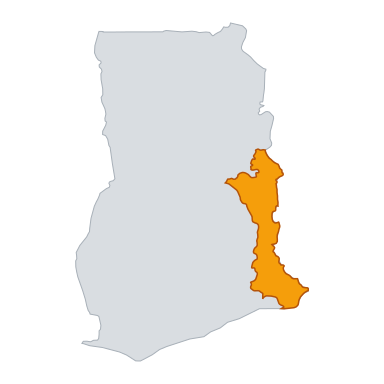 Volta on a map of Ghana (Albers equal-area conic projection)
{"feature_id": "GHA-2173", "entity_name": "Volta", "entity_type": "Region", "adm_level": 1, "iso_a3": "GHA", "parent_name": "Ghana", "parent_adm1": "", "projection": "albers", "projection_center": [0.32, 7.267], "detail": "fine", "context": "in_parent", "style": "filled", "palette": "amber", "viewbox_px": 384, "rotation_deg": 0, "n_neighbors": 0, "source": "natural_earth", "source_scale": "10m", "svg_char_len": 8104}
<svg xmlns="http://www.w3.org/2000/svg" viewBox="0 0 384 384"><path d="M242.5,25.8L245.8,28.9L246.6,30.7L245.4,37.6L242.9,42.4L241.4,46.9L241.6,49.1L243.1,51.3L248.1,54.9L250.7,57.1L253.8,60.6L257.3,64.0L263.3,68.4L265.9,69.2L265.8,70.4L264.9,72.1L264.4,88.6L263.9,92.8L263.5,95.0L262.9,101.1L262.3,102.0L261.1,101.9L260.1,102.1L259.8,103.4L260.2,104.6L263.9,105.5L263.1,106.4L260.4,107.3L259.1,109.1L259.7,111.2L258.2,112.9L258.6,114.1L259.6,114.9L261.1,114.6L265.4,111.8L267.1,111.5L269.4,112.1L273.4,116.4L273.6,118.5L271.9,125.7L270.3,131.3L270.0,138.8L271.7,143.0L271.5,145.3L269.7,147.3L265.4,150.1L265.8,152.1L267.7,155.8L271.2,159.8L278.2,164.9L281.9,171.5L281.9,174.2L279.8,176.8L277.3,179.2L276.5,182.5L277.6,204.6L272.1,214.2L272.1,216.9L272.6,220.1L274.1,222.0L276.9,222.5L279.2,224.4L278.4,231.1L277.2,238.0L277.0,241.3L276.3,242.9L274.1,244.2L273.4,246.3L273.9,249.0L273.5,251.0L274.7,253.5L277.2,256.7L281.2,264.6L282.8,265.2L283.5,266.9L283.0,268.5L284.6,272.0L289.1,275.5L293.8,278.5L297.6,279.0L298.5,281.7L301.0,285.2L302.9,286.7L305.8,287.7L308.1,288.2L308.3,291.2L304.0,293.2L301.1,296.2L298.9,300.8L295.8,305.9L285.2,308.6L281.2,308.6L259.5,308.7L239.2,318.7L227.5,322.3L220.3,327.9L210.6,331.9L203.9,336.7L189.8,339.0L166.8,346.5L159.6,349.5L152.2,354.8L140.4,361.0L135.7,360.9L126.5,355.0L119.5,352.0L102.4,347.5L89.7,345.7L83.6,343.7L81.9,343.4L83.3,341.3L86.9,341.2L90.6,341.8L93.5,340.3L97.6,340.1L98.7,338.4L99.1,334.2L99.1,330.8L100.5,329.3L100.9,325.3L98.9,316.5L97.5,315.5L90.1,314.1L89.6,312.4L88.2,310.5L86.8,306.0L85.3,299.2L82.7,290.7L77.8,276.8L76.7,271.9L75.8,266.9L75.7,260.9L76.8,258.7L76.6,255.6L76.2,252.5L79.8,245.5L86.7,236.9L88.2,233.8L89.5,231.6L89.7,228.5L91.0,218.4L94.3,206.3L96.4,201.7L97.8,199.2L99.5,195.2L100.0,193.3L106.4,188.6L109.3,187.3L109.9,185.4L108.9,183.3L109.4,182.0L110.9,181.3L113.2,180.7L114.9,178.8L112.4,163.7L110.3,148.7L110.2,147.5L108.9,145.4L107.7,139.2L105.6,135.6L102.6,134.5L102.7,131.1L105.7,125.3L106.5,122.0L105.1,121.0L104.9,118.3L105.9,114.1L105.5,111.5L104.9,108.7L101.9,102.1L101.1,97.5L102.8,94.8L102.7,88.8L101.1,79.7L100.9,73.9L102.0,71.5L101.5,69.2L99.3,67.0L99.1,64.9L101.1,62.9L100.8,61.2L98.4,60.1L96.3,57.2L94.5,52.8L94.9,45.6L98.6,32.5L99.0,31.4L103.1,31.5L103.1,32.0L115.7,32.0L130.1,31.9L147.3,31.9L162.9,31.8L163.6,31.2L166.2,30.5L182.0,31.9L191.9,31.2L196.1,31.7L199.2,32.6L206.0,32.0L209.6,32.4L212.4,35.7L213.5,35.6L215.0,34.3L217.7,32.7L220.5,31.4L222.5,28.9L223.7,26.9L225.5,27.3L228.1,27.2L229.8,25.6L230.5,23.0L242.5,25.8Z" fill="#d9dde1" stroke="#a8b0b8" stroke-width="1"/><path d="M277.5,195.9L277.5,196.1L277.5,199.3L278.0,202.3L277.9,205.1L278.0,206.1L276.5,205.9L275.8,206.9L275.7,208.6L275.7,210.0L275.4,210.7L274.7,211.1L273.8,211.3L273.1,211.6L272.6,212.1L272.3,212.7L272.1,213.4L271.9,216.4L272.2,219.0L273.0,221.4L274.7,222.8L275.6,223.0L276.7,222.8L278.6,222.1L278.9,222.5L279.8,226.0L279.7,227.1L279.0,229.1L278.5,231.5L277.3,234.7L277.1,236.8L277.3,239.1L277.3,241.4L276.3,243.2L275.6,243.6L273.4,244.2L272.6,244.3L271.9,244.5L272.5,245.3L273.9,246.5L274.6,247.6L274.4,248.5L273.3,250.3L273.0,251.4L273.2,251.9L273.7,252.2L274.3,252.7L275.8,255.6L276.2,256.0L277.1,256.2L278.0,256.7L278.7,257.5L279.2,258.3L279.2,259.2L278.8,261.8L279.1,262.9L279.8,263.6L280.5,264.1L281.0,265.0L281.5,265.0L282.9,265.0L283.4,265.1L284.1,265.7L284.1,266.2L283.7,266.7L283.4,267.4L283.3,267.7L283.3,268.8L283.6,270.1L284.2,271.3L285.1,272.6L286.2,273.8L288.8,275.0L290.1,275.9L291.8,277.9L292.5,278.4L293.5,278.7L297.5,278.7L298.9,283.0L299.7,284.1L300.2,284.4L300.6,284.6L300.9,284.8L301.3,285.3L302.0,286.4L302.6,287.0L303.3,287.4L307.7,287.9L308.3,288.7L308.2,290.6L307.8,290.7L305.4,292.0L303.6,293.4L301.0,296.3L300.3,297.2L299.1,299.8L298.8,300.8L298.7,301.9L298.2,304.4L297.7,305.4L296.1,306.9L294.0,307.7L283.9,308.8L281.3,308.6L282.4,307.9L283.5,307.6L283.6,307.4L283.8,307.1L283.7,306.7L283.5,306.4L283.3,306.2L283.1,306.1L282.7,305.8L282.0,305.4L280.8,305.0L280.1,304.5L279.5,304.1L278.9,303.3L277.1,298.3L276.5,297.7L276.1,297.4L275.4,297.0L271.3,296.1L267.0,295.9L266.6,295.9L266.1,296.0L265.5,296.2L264.6,296.7L263.6,297.4L263.3,297.8L263.1,298.1L262.7,298.9L262.8,294.0L262.8,293.6L262.5,293.2L260.7,292.1L259.6,291.2L258.9,290.8L258.0,290.7L254.4,290.8L253.5,290.5L251.0,288.6L250.7,288.1L250.6,287.2L250.8,286.2L251.2,285.5L251.4,284.9L251.3,283.9L251.0,282.9L250.7,282.4L250.9,282.1L253.3,281.2L254.2,280.7L255.0,280.0L255.2,279.9L255.3,279.7L255.6,279.2L255.8,279.0L257.3,274.4L257.3,273.9L257.3,273.4L257.1,272.7L256.8,272.3L256.6,272.1L255.9,271.7L255.6,271.3L255.3,270.9L255.2,270.6L255.1,270.3L254.9,269.1L254.8,268.5L254.6,268.3L254.5,268.1L254.2,268.0L254.0,267.9L253.7,267.9L252.1,268.0L251.9,267.9L251.7,267.7L251.7,267.0L251.9,266.0L252.7,262.9L253.0,262.3L253.1,262.1L253.3,261.9L253.5,261.7L253.8,261.3L254.5,260.6L254.7,260.4L256.8,259.2L257.0,259.1L257.1,258.9L257.2,258.5L257.3,257.9L257.0,255.6L256.7,255.1L256.5,254.6L256.1,254.3L255.7,253.9L255.2,253.7L254.4,253.4L254.2,253.3L254.0,253.1L253.8,252.9L253.6,252.5L253.4,251.9L253.5,251.4L253.6,250.7L254.1,249.3L254.4,248.7L254.6,248.3L255.5,247.4L255.8,247.2L256.5,246.5L256.9,245.9L257.1,245.6L257.2,245.1L257.2,244.2L257.1,242.7L256.9,241.5L256.8,241.2L256.8,240.8L256.9,240.2L257.2,239.1L257.6,238.2L257.9,237.1L257.7,234.2L257.4,232.6L257.4,232.3L257.5,231.7L258.4,228.9L258.6,227.3L258.6,226.6L258.3,225.0L258.2,224.7L257.8,224.3L257.2,223.7L256.8,223.5L256.4,223.3L255.0,222.9L253.1,221.9L252.8,221.7L252.6,221.3L252.4,220.7L252.3,220.3L252.1,217.1L252.1,216.8L251.4,215.3L248.0,209.3L246.7,205.9L246.7,205.2L246.5,204.7L246.2,204.3L245.6,203.9L245.2,203.7L244.0,203.6L243.4,203.4L242.9,203.2L242.4,202.8L242.0,202.4L240.7,200.3L240.6,200.1L240.4,199.5L240.2,197.6L240.1,197.1L237.8,191.8L237.2,190.8L236.6,190.0L229.3,184.2L228.3,183.7L225.3,182.9L226.4,181.7L227.5,179.5L227.8,179.1L228.1,179.0L228.7,179.1L229.1,179.1L229.6,179.0L231.4,178.4L231.7,178.4L232.0,178.5L233.3,179.1L233.5,179.2L233.9,179.2L234.4,179.2L235.3,179.1L235.7,178.8L236.1,178.4L236.3,178.1L236.6,177.9L237.0,177.8L237.2,177.5L237.3,177.2L237.8,176.3L237.9,176.0L237.9,175.7L237.8,175.4L237.9,175.1L238.2,174.7L239.0,174.0L239.5,173.6L239.9,173.3L242.2,172.5L243.3,172.5L244.6,172.7L245.7,173.1L246.5,173.5L248.4,174.6L249.1,175.4L249.6,176.0L250.7,177.1L251.4,177.5L251.9,177.6L252.9,177.6L255.0,177.3L255.8,177.1L256.3,176.8L256.4,176.5L256.4,176.2L256.2,175.8L255.9,173.6L255.9,173.3L256.0,173.0L256.3,172.8L256.6,172.7L258.3,172.7L258.6,172.5L258.8,172.3L258.9,172.0L258.9,171.7L258.8,171.1L258.7,170.8L258.1,170.0L258.0,169.8L257.7,169.6L257.2,169.5L256.9,169.4L255.3,169.6L254.1,169.9L252.9,170.1L252.7,170.1L252.1,170.0L251.5,169.9L251.3,169.8L251.0,169.6L250.9,169.4L250.9,169.2L251.0,168.6L251.0,168.3L250.9,167.7L250.7,167.1L250.7,166.8L250.8,166.4L251.0,166.2L251.3,166.0L251.7,165.9L252.2,165.7L252.5,165.5L252.6,165.2L252.5,164.7L252.3,164.6L251.3,164.1L251.1,163.9L250.9,163.7L250.8,163.4L250.8,163.2L250.9,162.8L251.0,162.6L251.5,160.9L251.9,160.1L252.5,159.2L252.8,159.0L253.1,158.9L253.3,159.0L253.8,159.2L254.1,159.3L254.4,159.3L254.9,159.2L255.1,158.9L255.1,158.6L255.1,158.3L254.9,158.1L254.8,157.9L254.2,157.4L253.9,156.9L253.8,156.7L253.7,156.4L253.6,156.1L253.7,155.7L253.9,155.3L255.0,153.9L255.4,153.1L255.8,152.2L256.0,151.8L256.0,151.5L255.9,151.2L255.6,150.8L255.6,150.5L255.7,150.1L255.9,149.9L256.1,149.8L257.3,149.3L257.9,149.1L258.1,149.1L258.4,149.2L258.7,149.3L259.9,150.0L260.2,150.1L260.5,150.1L260.8,150.1L261.2,150.1L262.8,149.8L263.1,149.7L265.2,150.0L265.5,152.0L267.1,155.3L269.2,158.2L271.2,159.6L272.1,160.6L273.4,161.8L274.8,162.8L278.2,164.4L279.1,166.4L279.8,168.4L281.8,170.0L281.9,170.6L281.9,171.2L282.0,172.0L282.0,172.5L282.2,172.9L282.8,173.0L283.0,173.2L283.2,174.5L282.8,175.3L282.0,175.8L279.7,176.8L278.8,177.4L277.1,179.0L276.6,179.2L276.2,179.3L276.0,179.5L275.9,180.1L276.1,180.7L276.5,181.1L276.9,181.5L277.0,182.3L276.7,183.0L276.3,183.3L276.0,183.7L276.3,185.0L276.5,187.4L277.0,189.4L277.0,190.4L277.0,192.4L277.5,195.9Z" fill="#f59e0b" stroke="#b45309" stroke-width="1.5"/></svg>